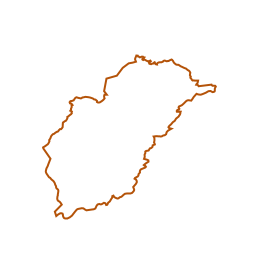 Buriti dos Montes, Piauí, Brazil, rotated 71°
{"feature_id": "56859067B43813520190599", "entity_name": "Buriti dos Montes", "entity_type": "district", "adm_level": 2, "iso_a3": "BRA", "parent_name": "Brazil", "parent_adm1": "Piauí", "projection": "equal_earth", "projection_center": [-41.217, -5.12], "detail": "fine", "context": "isolated", "style": "outline", "palette": "amber", "viewbox_px": 256, "rotation_deg": 71, "n_neighbors": 0, "source": "geoboundaries", "source_scale": "gbopen_adm2", "svg_char_len": 4870}
<svg xmlns="http://www.w3.org/2000/svg" viewBox="0 0 256 256"><g transform="rotate(71 128 128)"><path d="M121.6,34.2L121.0,33.8L120.0,33.4L119.3,33.2L118.6,32.8L118.0,32.1L117.4,31.5L116.5,31.8L116.0,33.0L115.6,34.3L114.9,34.8L114.2,34.9L111.5,47.6L110.3,47.9L109.7,48.5L109.3,49.4L108.8,48.9L108.4,48.0L107.7,47.3L106.0,46.3L105.7,47.2L105.3,48.4L105.0,49.3L104.4,50.3L104.1,51.5L103.3,51.9L101.8,52.2L100.8,52.7L99.7,51.9L99.1,52.2L98.3,52.3L97.6,52.0L96.0,51.1L94.7,51.3L93.7,51.7L92.6,52.7L91.6,53.3L90.7,53.8L89.6,55.2L87.6,57.2L86.9,58.0L86.1,58.6L85.3,59.2L84.7,59.7L84.3,60.7L83.8,61.7L83.0,62.3L82.3,62.7L81.6,63.1L80.9,63.4L79.9,63.5L79.2,63.6L78.6,63.9L77.9,64.1L77.4,64.6L77.5,65.6L77.6,66.8L77.9,67.8L77.6,68.6L77.6,69.5L77.1,70.2L76.2,71.3L76.1,72.6L76.7,73.5L76.7,75.2L76.2,76.6L76.0,77.6L76.2,79.0L76.7,79.8L77.4,79.9L77.0,80.7L76.1,81.4L75.1,81.3L74.5,81.4L74.7,82.3L75.3,83.3L75.0,84.2L75.2,85.3L74.7,86.2L74.1,86.9L73.1,86.9L72.8,85.7L72.3,84.7L71.5,85.0L71.7,86.0L71.3,87.6L70.5,88.5L69.8,89.1L69.1,89.7L68.5,90.6L68.7,91.5L67.9,92.1L67.3,91.8L67.4,90.7L66.6,89.6L66.1,90.5L65.4,90.7L65.0,91.8L65.1,92.8L65.0,93.9L64.2,94.4L63.7,95.2L62.8,95.2L62.2,96.5L63.1,97.2L63.8,97.9L64.8,98.7L65.6,99.0L66.9,98.9L67.9,98.9L67.7,102.4L67.1,106.3L69.4,113.4L74.9,121.5L74.3,132.3L85.4,138.6L89.6,137.2L88.9,139.4L90.0,140.2L91.3,140.5L92.4,140.5L93.4,142.2L94.1,144.2L94.6,146.4L94.2,148.0L93.3,148.9L92.2,148.5L91.6,148.9L90.6,149.5L89.8,150.9L89.0,151.3L88.0,152.4L86.8,154.0L86.1,155.2L85.6,156.2L84.7,158.1L84.5,160.2L84.3,161.2L84.6,162.0L84.7,162.9L84.2,163.7L83.4,165.1L82.2,166.7L82.3,167.7L82.7,168.5L84.2,170.5L84.1,171.3L84.2,172.3L83.9,173.2L84.0,174.0L84.6,174.8L85.8,174.8L86.4,173.7L87.5,173.2L88.2,173.0L88.2,174.0L89.2,174.2L90.2,174.6L91.0,175.5L92.1,175.9L92.9,176.9L93.6,176.1L94.2,175.7L94.9,176.3L95.7,176.3L96.4,177.3L96.7,178.4L97.0,179.3L97.5,180.4L97.8,181.8L98.8,182.0L99.7,182.8L100.3,183.5L101.0,184.5L101.0,185.7L101.4,186.6L101.6,187.6L102.2,188.1L103.0,188.2L103.5,188.6L104.2,188.8L105.1,189.2L105.9,189.5L106.6,190.4L107.3,191.6L106.9,192.6L107.3,193.4L107.7,194.3L108.2,194.8L108.6,195.7L108.4,196.7L108.7,197.6L108.9,198.5L109.4,199.6L109.4,201.0L109.8,201.8L110.2,202.6L110.8,203.4L111.5,204.0L112.3,204.6L113.2,205.6L113.8,206.5L114.8,206.5L115.6,207.2L116.6,208.2L117.3,209.2L117.6,210.4L118.1,211.9L118.4,213.1L118.7,214.6L119.8,214.7L131.8,211.3L134.4,213.5L136.4,215.2L137.7,216.2L138.7,217.2L139.6,218.2L140.8,219.0L142.1,219.8L143.1,220.0L144.5,219.9L147.0,219.2L148.2,218.9L149.0,218.6L149.8,217.8L151.1,217.4L151.9,217.0L153.2,216.2L154.1,215.7L155.7,215.3L156.7,215.2L157.9,215.3L158.8,215.1L159.7,215.0L160.7,215.3L161.4,215.3L162.1,215.1L162.7,214.6L163.7,214.2L164.7,214.3L165.8,214.8L167.1,215.5L168.2,216.1L168.9,216.3L169.6,216.9L170.6,217.4L172.0,218.0L173.6,218.0L174.3,217.6L175.5,216.6L177.1,216.0L178.9,215.6L183.3,224.4L187.9,224.5L187.0,222.1L186.6,219.9L186.8,219.0L187.6,217.8L188.5,217.7L189.6,218.0L190.3,218.1L191.6,218.0L192.4,217.7L193.0,217.0L193.8,214.9L193.5,212.1L193.0,210.7L192.6,209.5L191.4,207.7L189.9,205.4L188.7,203.4L188.3,202.4L188.3,201.5L188.8,197.8L189.5,196.3L191.1,195.2L192.3,194.1L193.3,188.8L193.7,186.8L193.5,185.1L191.2,182.9L190.4,181.6L190.5,179.8L191.2,179.0L191.5,177.8L190.9,175.1L191.8,173.9L193.7,173.7L193.8,172.6L192.2,171.1L191.5,169.1L189.7,167.0L189.0,166.0L188.3,165.4L187.3,165.0L187.2,163.8L188.8,163.5L189.4,163.0L190.4,162.0L191.2,161.1L191.4,159.9L190.8,158.3L190.9,157.0L190.7,156.1L189.7,153.9L189.2,152.3L189.6,150.1L190.3,148.2L190.7,146.9L190.7,145.3L189.9,143.8L189.3,142.9L188.7,142.4L188.0,142.2L185.5,142.3L183.4,138.7L182.2,137.4L181.1,137.0L179.4,137.2L178.1,138.3L177.5,137.6L177.0,134.6L176.3,133.6L175.1,133.1L174.0,131.2L172.8,130.9L171.9,130.2L171.3,129.2L171.0,124.7L170.5,123.7L169.4,124.0L168.9,124.7L168.2,125.1L167.3,122.8L166.5,119.6L165.2,119.3L164.3,120.2L162.4,122.9L160.8,121.6L158.6,121.0L157.4,119.8L155.9,119.3L155.6,118.3L156.0,115.9L155.2,114.9L154.4,114.0L154.5,112.7L154.2,111.8L153.8,111.0L152.4,110.3L152.3,108.0L151.2,107.9L150.1,108.1L148.9,107.3L148.0,106.9L145.9,106.3L144.4,106.5L144.9,104.0L145.3,103.0L145.9,101.7L146.2,100.7L146.7,99.9L146.9,98.7L146.6,97.5L146.6,96.6L146.8,95.7L146.3,94.0L144.5,92.8L143.6,91.2L143.3,89.9L142.8,87.2L141.4,89.2L140.4,89.5L139.4,88.2L138.6,86.2L137.1,83.7L136.5,81.6L136.0,80.9L135.4,80.3L134.7,79.3L134.2,77.9L133.6,76.3L132.8,75.5L132.4,74.7L131.3,73.8L130.6,73.6L129.7,72.9L129.3,73.9L129.1,75.1L128.5,76.5L127.8,76.4L127.0,75.4L127.1,73.9L126.6,73.2L125.1,73.5L124.3,72.9L124.1,70.9L124.0,69.7L123.1,67.5L121.5,64.2L121.3,63.4L121.3,62.1L121.7,61.2L122.7,59.3L121.5,57.6L120.0,55.7L118.0,52.1L119.1,50.7L119.7,49.6L120.2,48.2L120.2,46.3L120.0,43.0L119.4,40.0L119.6,39.0L119.9,37.9L121.6,36.4L121.8,35.2L121.6,34.2Z" fill="none" stroke="#b45309" stroke-width="2"/></g></svg>